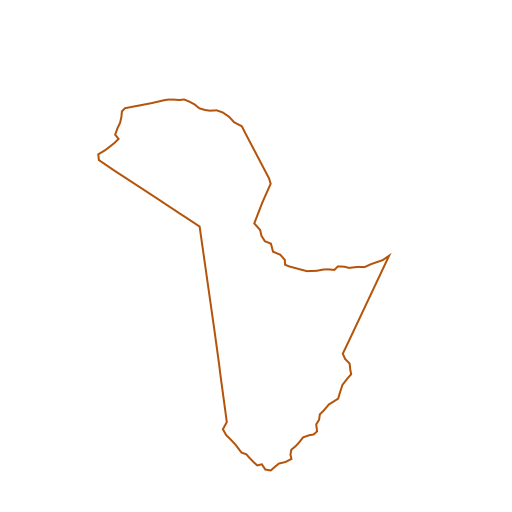 the district of Rio Formoso, Pernambuco, Brazil, rotated 60°
{"feature_id": "56859067B3129544617161", "entity_name": "Rio Formoso", "entity_type": "district", "adm_level": 2, "iso_a3": "BRA", "parent_name": "Brazil", "parent_adm1": "Pernambuco", "projection": "mercator", "projection_center": [-35.214, -8.663], "detail": "fine", "context": "isolated", "style": "outline", "palette": "amber", "viewbox_px": 512, "rotation_deg": 60, "n_neighbors": 0, "source": "geoboundaries", "source_scale": "gbopen_adm2", "svg_char_len": 1475}
<svg xmlns="http://www.w3.org/2000/svg" viewBox="0 0 512 512"><g transform="rotate(60 256 256)"><path d="M94.4,344.1L110.4,336.4L128.7,327.1L153.2,314.7L181.3,300.7L187.9,297.3L194.3,294.1L202.3,290.1L301.9,330.1L306.5,332.0L311.2,333.9L334.0,343.2L338.8,345.3L385.2,364.3L389.5,371.3L396.0,371.4L402.3,369.7L409.0,368.1L418.9,366.9L422.9,363.5L427.6,362.6L433.8,361.0L438.0,359.6L439.3,355.1L445.6,354.7L449.1,350.5L448.0,344.8L447.2,339.9L449.1,333.6L449.5,326.8L445.1,325.4L441.4,322.2L440.5,316.8L439.1,312.1L436.6,305.9L437.8,299.6L439.4,295.3L438.4,290.8L431.9,288.0L429.4,283.3L425.0,279.8L423.9,275.3L421.0,267.1L420.8,260.5L420.6,256.1L416.7,252.1L410.8,245.5L407.8,238.1L406.0,232.7L401.6,231.2L395.9,228.7L389.8,230.3L384.0,229.7L376.4,218.6L322.3,140.6L322.9,148.4L320.6,160.3L319.9,167.5L316.4,173.2L312.8,181.4L309.3,185.0L306.0,190.3L307.2,195.2L304.1,199.5L301.6,203.9L299.1,211.0L294.5,219.6L288.2,225.9L281.7,232.4L278.1,235.2L273.8,233.0L267.1,234.3L260.8,239.1L252.8,236.9L247.7,240.9L241.4,241.2L235.5,239.4L226.9,241.2L213.2,224.2L208.1,217.3L200.8,207.2L195.3,205.9L143.3,203.8L136.6,203.4L129.2,208.1L122.0,209.7L115.1,213.0L110.2,217.2L107.1,223.3L104.2,227.0L99.7,231.3L94.0,233.4L88.9,236.6L84.5,240.0L82.7,244.2L79.6,248.8L76.8,253.5L75.2,257.5L71.5,269.7L62.5,295.5L63.7,299.8L68.1,302.9L72.7,307.1L75.9,311.8L80.5,317.3L85.9,316.5L87.3,321.9L88.0,326.6L88.9,333.3L89.1,341.8L94.4,344.1Z" fill="none" stroke="#b45309" stroke-width="2"/></g></svg>